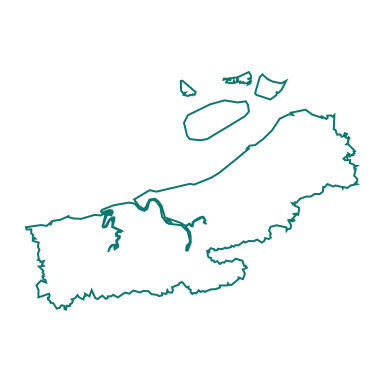 the district of Chittagong, Chittagong, Bangladesh, rotated 92°
{"feature_id": "16705992B94200136889214", "entity_name": "Chittagong", "entity_type": "district", "adm_level": 2, "iso_a3": "BGD", "parent_name": "Bangladesh", "parent_adm1": "Chittagong", "projection": "albers", "projection_center": [91.95, 22.424], "detail": "fine", "context": "isolated", "style": "outline", "palette": "teal", "viewbox_px": 384, "rotation_deg": 92, "n_neighbors": 0, "source": "geoboundaries", "source_scale": "gbopen_adm2", "svg_char_len": 5997}
<svg xmlns="http://www.w3.org/2000/svg" viewBox="0 0 384 384"><g transform="rotate(92 192 192)"><path d="M294.8,214.1L291.1,213.2L293.1,212.0L293.2,208.4L291.0,207.6L287.9,208.6L284.9,201.8L283.6,201.5L282.2,198.8L287.4,194.2L286.8,192.1L288.8,192.2L289.8,189.9L292.2,189.9L293.9,188.2L292.9,187.2L293.2,184.3L290.0,181.8L291.6,180.2L290.5,177.4L291.4,175.9L288.6,169.6L288.3,165.1L286.5,160.7L284.5,161.0L284.1,153.2L282.1,152.8L283.5,151.5L283.5,149.3L277.2,142.2L275.9,142.5L277.3,138.0L271.7,136.3L267.6,138.5L265.5,133.8L265.4,135.2L263.8,135.7L263.9,137.4L258.9,139.2L257.2,146.0L260.2,149.7L259.4,155.6L261.4,157.1L261.2,159.3L263.0,161.7L260.2,164.4L261.3,167.1L259.8,167.9L259.8,170.0L257.1,170.7L256.8,173.0L255.4,173.8L250.3,174.7L250.4,173.0L252.6,172.6L249.0,172.6L247.5,171.1L248.5,167.8L249.6,167.5L249.2,164.6L247.8,164.1L248.0,159.8L246.4,156.8L247.2,155.7L245.7,151.0L244.4,150.7L245.2,148.2L243.8,147.1L243.6,143.6L239.6,138.5L240.7,137.2L239.0,133.6L239.0,128.6L237.3,125.3L240.1,120.5L238.5,118.1L235.5,117.2L236.3,113.6L235.0,111.7L232.1,112.5L231.0,111.7L227.9,113.7L224.1,112.3L222.3,106.3L224.1,96.4L227.3,96.1L225.7,95.0L225.1,92.3L221.8,91.8L216.9,94.8L216.4,93.3L217.9,91.2L217.0,88.8L215.4,89.9L215.7,91.1L211.8,87.5L210.5,89.4L209.9,86.8L211.0,85.1L204.9,84.3L203.5,84.9L202.5,88.3L201.0,88.8L201.2,90.4L199.8,91.4L200.1,89.9L198.6,88.7L199.1,87.2L195.1,84.0L192.5,77.5L192.4,73.0L189.7,69.6L189.6,64.2L187.0,61.2L182.4,61.0L182.7,59.6L179.3,56.9L181.6,51.1L180.5,48.9L181.8,41.9L183.1,41.4L181.8,40.8L182.5,36.8L179.8,33.5L178.4,27.2L177.3,29.2L175.5,27.2L173.2,27.3L170.0,30.5L163.5,29.2L163.6,30.3L161.8,30.7L160.2,28.3L160.3,30.7L159.0,31.2L157.6,35.2L154.6,35.1L154.9,40.1L153.4,41.8L151.4,39.3L152.3,38.0L149.9,38.4L150.4,36.4L148.1,37.2L149.4,34.9L151.7,36.0L149.5,33.9L149.7,32.1L148.4,32.2L147.8,30.9L146.1,31.8L145.5,30.6L139.2,37.2L138.9,39.3L137.1,37.4L135.4,38.0L132.7,36.5L131.9,37.3L133.3,37.8L131.6,40.8L128.6,39.2L127.9,41.3L130.7,42.3L131.6,44.3L129.4,45.6L129.6,49.0L124.9,50.9L124.4,52.5L110.1,52.4L111.9,54.2L110.7,55.6L111.0,59.5L113.4,59.1L114.3,60.3L111.8,65.2L111.8,66.1L112.5,64.0L113.4,64.3L110.5,74.4L105.8,81.4L109.3,95.9L111.4,94.0L110.9,97.6L115.7,106.9L127.5,114.1L136.5,122.6L142.9,130.5L143.7,135.9L147.6,139.6L146.0,136.0L158.2,149.6L172.0,165.6L177.0,173.2L184.6,190.4L183.9,194.3L192.9,227.6L191.7,234.4L201.5,249.6L207.8,244.6L210.6,239.8L209.5,238.0L201.1,234.2L200.0,229.0L202.0,225.8L206.7,222.0L218.3,218.2L223.1,202.8L226.1,197.1L223.7,193.5L225.9,190.8L222.2,190.2L220.4,188.5L217.3,183.6L216.3,180.5L216.9,179.3L220.0,177.5L221.7,179.0L223.5,176.3L222.1,179.2L221.5,179.3L219.7,177.9L216.7,180.3L221.8,189.3L226.1,190.2L226.2,191.5L224.2,193.6L226.7,197.2L231.7,192.9L235.9,191.9L242.3,191.5L250.6,194.3L250.7,195.7L247.2,195.7L245.2,194.9L243.6,192.9L240.5,192.4L231.6,194.9L225.6,201.5L224.6,213.9L223.4,216.6L217.7,221.1L208.4,223.0L202.8,227.2L201.0,230.6L202.7,234.2L210.4,236.1L212.5,238.8L210.7,244.2L205.6,248.8L204.8,254.8L208.0,269.8L213.0,281.4L214.4,282.2L215.8,281.4L212.9,274.0L213.2,271.6L214.9,270.4L218.2,271.9L217.5,276.1L227.5,279.4L229.7,278.9L228.9,277.0L222.2,273.5L220.3,270.8L220.0,269.1L220.5,268.7L222.9,268.7L229.3,270.3L233.3,260.9L234.5,261.7L234.6,264.6L237.2,266.3L238.8,262.6L240.2,262.6L243.9,265.7L247.6,264.0L249.5,264.0L252.0,267.3L250.2,267.8L248.0,267.0L247.7,269.2L250.3,271.8L254.8,273.7L250.0,272.2L247.7,270.2L247.4,267.1L248.8,266.7L250.3,267.3L251.3,266.8L249.5,264.4L243.5,266.1L238.9,263.0L238.5,266.2L236.1,266.5L233.9,264.5L233.4,261.6L229.8,270.6L224.5,270.3L222.2,271.8L222.8,273.2L229.6,276.2L230.5,279.0L229.7,280.2L217.7,277.8L216.1,275.3L216.9,271.7L214.2,271.8L214.8,275.6L218.6,282.2L218.3,288.7L222.7,301.7L222.6,309.1L221.4,314.7L220.5,314.7L224.3,322.4L225.9,330.7L230.1,332.3L227.8,332.6L230.9,336.1L230.3,341.8L233.0,356.8L235.2,356.0L235.0,351.3L239.0,351.2L240.5,349.1L242.3,349.5L244.1,347.0L244.4,349.4L246.4,349.4L247.9,343.4L251.9,344.2L255.2,342.4L259.1,343.9L264.5,342.7L265.3,343.5L265.8,341.5L267.1,341.0L266.3,337.7L269.3,339.4L271.0,337.7L271.8,342.4L276.0,337.8L277.4,338.6L279.4,337.1L281.0,338.2L281.4,337.2L282.3,338.3L284.4,337.4L285.0,335.4L287.6,334.6L285.8,339.8L290.6,344.2L295.2,342.0L302.7,341.8L298.7,331.4L300.6,330.7L302.5,331.1L302.7,332.4L304.4,332.1L306.0,329.9L308.5,329.4L307.3,329.1L308.1,326.7L313.3,323.0L312.3,320.1L309.8,318.6L310.3,315.5L313.5,315.3L313.9,313.9L310.0,313.1L310.2,310.1L308.4,310.0L307.6,308.3L304.7,307.1L303.5,308.4L302.3,305.2L299.1,302.8L301.1,301.3L303.2,296.8L299.9,295.9L299.8,294.9L297.5,295.3L299.8,290.9L293.6,288.8L301.4,285.0L302.3,282.6L298.7,278.1L301.7,274.5L301.1,272.7L299.3,272.5L299.0,268.9L297.5,267.3L299.9,262.4L294.9,255.5L295.8,251.1L292.6,247.2L294.2,240.1L292.7,237.8L292.6,232.1L295.5,229.0L296.0,223.4L297.2,221.4L296.4,218.3L294.2,218.5L294.8,214.1ZM123.0,202.4L135.8,198.9L139.2,196.1L140.0,185.4L138.6,178.8L114.5,141.8L109.7,137.9L102.8,139.2L99.5,141.4L100.9,149.3L99.3,162.7L103.7,176.8L115.4,198.8L123.0,202.4ZM72.0,125.7L74.7,128.2L91.0,132.4L92.7,131.1L96.8,116.9L92.4,111.2L90.3,110.4L89.0,111.6L89.9,109.0L86.9,106.2L77.6,101.8L80.3,106.5L78.8,115.3L76.4,120.7L72.0,125.7ZM94.8,192.8L92.0,191.8L81.1,205.5L81.5,207.1L91.2,206.4L93.5,204.3L93.0,202.0L95.2,203.8L96.2,199.3L94.9,197.2L95.4,195.3L94.3,194.6L94.8,192.8ZM75.7,150.3L80.2,150.0L79.9,147.6L81.4,147.7L80.8,145.1L79.5,144.8L81.5,144.3L81.4,140.3L80.1,139.5L78.9,136.9L77.1,137.8L76.9,140.6L76.2,137.0L73.4,137.2L70.1,139.4L75.7,150.3ZM77.5,160.7L79.0,156.6L78.5,160.4L81.3,161.7L81.9,155.9L81.6,154.5L79.3,154.0L81.4,153.3L80.7,151.3L75.8,150.5L77.5,160.7ZM220.6,218.4L224.1,214.3L224.0,211.2L221.8,212.9L220.6,218.4ZM221.4,271.5L222.7,269.1L220.6,268.9L220.5,270.6L221.4,271.5ZM248.4,195.0L246.6,193.7L244.5,193.2L246.0,194.8L248.4,195.0ZM82.5,139.8L81.2,137.4L80.5,137.4L80.3,139.1L82.5,139.8ZM77.7,164.3L78.7,164.4L77.8,161.8L77.6,161.9L77.7,164.3Z" fill="none" stroke="#0f766e" stroke-width="2"/></g></svg>